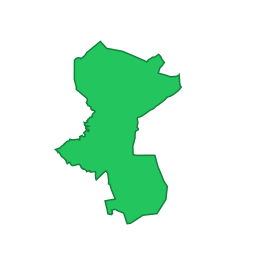 the district of Njikoka, Anambra, Nigeria, rotated 146°
{"feature_id": "59680162B42022523568798", "entity_name": "Njikoka", "entity_type": "district", "adm_level": 2, "iso_a3": "NGA", "parent_name": "Nigeria", "parent_adm1": "Anambra", "projection": "albers", "projection_center": [7.011, 6.187], "detail": "fine", "context": "isolated", "style": "filled", "palette": "green", "viewbox_px": 256, "rotation_deg": 146, "n_neighbors": 0, "source": "geoboundaries", "source_scale": "gbopen_adm2", "svg_char_len": 3635}
<svg xmlns="http://www.w3.org/2000/svg" viewBox="0 0 256 256"><g transform="rotate(146 128 128)"><path d="M102.5,215.2L120.0,213.6L122.0,212.7L124.2,212.0L128.5,211.8L128.5,212.7L129.6,213.8L131.2,214.5L132.1,214.7L133.5,214.2L134.4,214.3L145.4,198.2L147.9,190.7L148.9,189.7L149.2,188.7L145.3,175.0L147.5,172.6L148.2,172.4L148.2,171.9L148.5,171.4L148.3,170.9L148.3,170.6L148.6,169.8L148.4,169.3L148.6,168.8L148.1,168.4L147.6,167.3L147.3,166.6L147.2,165.9L147.7,165.1L148.1,163.9L147.5,163.6L147.4,163.4L147.6,163.2L147.8,163.0L147.6,162.6L146.5,162.1L146.6,161.9L146.5,161.1L146.1,160.6L146.1,160.0L146.4,159.9L147.2,159.7L148.1,159.6L149.0,159.5L149.9,159.1L150.7,158.6L151.1,158.1L151.3,157.3L152.3,157.7L152.8,157.6L153.3,158.0L154.0,158.0L154.8,157.7L155.5,157.4L156.5,157.5L156.7,157.1L157.0,157.0L158.1,156.9L158.1,155.4L159.1,155.5L160.2,156.4L160.6,156.5L161.1,157.0L161.1,156.3L161.8,155.8L161.5,155.6L161.8,155.1L162.4,154.2L162.0,153.7L161.0,152.7L160.1,151.9L159.7,151.5L160.3,151.6L161.3,152.0L162.1,152.4L162.4,152.5L163.3,151.2L163.2,150.8L163.2,150.7L162.7,150.5L162.4,150.0L161.9,149.2L161.6,148.7L161.9,148.3L161.9,148.2L161.6,148.0L161.9,147.6L162.9,147.2L163.3,148.2L163.8,149.4L164.2,149.3L164.8,149.3L166.0,148.8L166.5,149.0L167.2,148.9L167.5,148.1L167.4,146.9L167.5,146.3L167.9,145.4L169.7,145.4L169.8,145.6L170.1,146.5L170.3,147.1L170.2,147.5L171.7,147.7L172.8,147.8L172.6,146.9L173.5,146.7L174.1,146.4L174.3,145.4L174.7,145.0L175.9,146.7L176.1,146.9L176.6,147.1L179.3,148.4L180.7,149.2L182.2,150.6L182.3,151.1L182.8,151.1L183.2,150.7L183.9,150.3L185.0,150.7L186.1,151.0L189.8,150.5L191.4,150.0L191.9,150.0L192.8,150.0L194.3,149.8L194.9,149.7L195.8,149.6L197.0,149.8L198.2,150.2L199.3,150.5L200.2,150.8L199.6,148.1L199.7,147.4L199.8,146.7L198.9,146.7L198.8,146.1L198.7,145.6L198.7,145.0L198.8,144.6L198.9,144.0L198.9,143.1L199.0,142.3L198.9,141.5L198.7,141.0L198.6,140.4L198.3,139.9L197.9,138.0L197.5,136.5L197.4,135.8L197.7,135.7L197.6,135.2L198.1,134.1L198.3,132.4L196.0,132.5L195.7,131.9L195.7,131.4L195.7,129.9L195.6,128.8L195.1,127.9L194.1,127.3L188.9,125.4L188.3,123.4L188.8,122.0L188.9,121.1L188.7,121.1L188.7,120.7L188.4,119.3L188.1,118.8L187.5,119.1L187.1,118.0L186.6,116.8L186.4,116.1L186.4,115.7L186.5,115.4L186.7,115.0L185.2,114.5L183.6,114.0L183.9,112.5L183.4,112.3L181.6,111.3L181.0,110.9L180.5,110.7L179.4,109.8L179.6,109.4L180.3,108.4L180.6,108.1L181.2,107.4L181.7,106.4L182.3,105.5L182.9,104.3L183.4,103.0L183.4,102.7L176.9,103.9L170.4,105.0L170.1,101.7L173.3,95.5L175.4,92.5L174.6,91.4L176.2,86.2L176.8,83.4L177.6,79.6L178.2,76.1L184.0,78.8L187.8,80.4L188.9,77.4L189.8,75.2L190.5,73.0L192.7,68.2L191.6,66.8L190.0,65.4L189.5,66.3L188.6,65.8L187.2,69.1L184.2,67.8L182.1,64.1L180.5,61.9L179.2,59.7L182.2,49.1L180.6,48.4L179.7,47.8L179.2,47.6L164.5,47.4L151.8,40.8L136.5,47.6L128.1,57.6L128.0,63.9L126.5,70.7L124.7,79.6L121.0,90.4L136.0,100.4L138.7,102.9L136.7,106.2L134.2,110.2L127.7,115.9L126.5,117.7L124.3,120.5L122.8,121.2L120.6,120.8L119.9,121.3L120.0,123.7L118.9,124.9L116.8,126.8L116.4,127.8L115.3,130.3L114.3,131.3L110.5,130.2L105.4,130.2L99.6,130.4L96.9,129.9L95.1,129.9L93.2,130.4L89.3,130.3L86.8,130.5L82.5,130.7L78.0,131.6L75.0,130.7L71.9,130.4L66.2,130.8L63.0,131.4L60.9,132.3L61.1,133.8L60.0,136.3L55.8,143.6L56.4,143.4L59.0,143.7L64.0,146.6L65.8,148.7L66.1,149.4L72.2,156.6L71.3,157.5L70.6,157.8L68.9,159.3L67.9,159.9L66.7,160.3L64.8,160.6L62.2,161.7L61.3,161.8L61.4,166.8L60.9,168.6L61.4,171.9L66.1,171.8L67.6,172.7L68.3,173.0L69.1,172.9L73.0,173.1L75.5,172.3L75.6,172.7L82.6,183.8L89.8,194.8L101.2,206.0L102.5,215.2Z" fill="#22c55e" stroke="#15803d" stroke-width="1.5"/></g></svg>